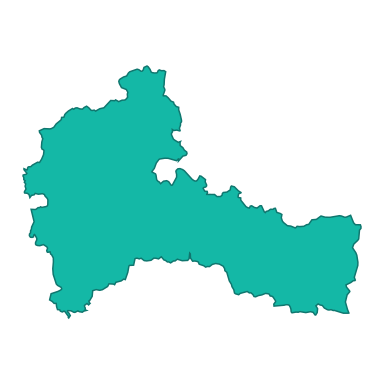 outline of Luc Nam, Bắc Giang, Vietnam
{"feature_id": "81297802B23878626253121", "entity_name": "Luc Nam", "entity_type": "district", "adm_level": 2, "iso_a3": "VNM", "parent_name": "Vietnam", "parent_adm1": "Bắc Giang", "projection": "albers", "projection_center": [106.454, 21.304], "detail": "fine", "context": "isolated", "style": "filled", "palette": "teal", "viewbox_px": 384, "rotation_deg": 0, "n_neighbors": 0, "source": "geoboundaries", "source_scale": "gbopen_adm2", "svg_char_len": 5921}
<svg xmlns="http://www.w3.org/2000/svg" viewBox="0 0 384 384"><path d="M199.2,264.2L203.7,265.7L205.6,267.1L207.4,266.5L209.5,266.6L212.3,264.4L215.6,263.5L219.4,264.1L223.2,266.2L224.6,268.6L224.9,270.7L226.8,272.3L229.3,280.9L231.4,284.3L232.0,286.7L233.8,289.7L234.5,293.0L235.5,293.8L238.7,294.7L240.2,293.4L247.2,291.5L249.3,292.9L250.9,292.8L252.9,294.5L254.0,296.5L255.6,296.8L258.3,295.6L261.8,294.9L265.5,293.4L268.5,293.8L269.2,294.2L270.2,296.0L271.9,296.2L273.1,297.1L275.5,300.8L275.6,301.7L273.8,304.1L274.0,306.1L284.2,305.2L286.0,304.7L288.3,304.8L289.3,305.4L290.2,307.0L290.9,309.1L291.2,311.9L292.0,312.8L295.9,312.1L298.4,312.2L299.9,311.6L305.8,312.6L310.4,311.7L313.1,312.3L315.0,314.9L315.7,315.0L317.2,312.6L317.6,308.7L315.9,305.8L318.2,303.9L319.8,304.9L322.4,305.5L324.3,308.0L327.4,309.7L328.9,310.0L331.1,309.7L333.2,310.5L334.4,310.4L343.4,313.2L348.3,313.2L348.9,313.0L347.5,309.5L345.4,302.0L347.1,294.9L349.8,291.6L349.6,290.9L346.5,287.1L346.0,284.9L350.7,282.6L353.3,280.7L354.9,280.6L355.3,280.1L354.3,277.3L357.8,265.5L357.9,262.2L356.8,255.2L355.8,252.7L352.5,247.7L353.8,244.1L357.7,240.4L358.7,239.0L359.5,230.1L360.9,228.5L361.0,226.7L360.4,224.8L355.4,224.7L353.6,222.8L350.6,215.3L346.3,217.1L344.8,217.3L341.4,216.0L339.4,215.7L330.0,217.3L325.2,217.2L321.0,216.0L316.4,219.4L311.9,219.8L308.7,224.4L306.6,224.7L303.9,226.3L299.6,226.6L297.1,226.3L295.8,227.7L295.2,227.9L290.8,226.1L287.4,225.7L283.5,222.5L282.4,221.1L281.3,217.8L281.9,214.5L280.3,213.5L276.8,212.4L275.4,208.3L274.1,208.4L273.2,209.3L270.4,209.3L268.3,210.9L266.2,211.4L265.3,212.6L264.3,211.9L261.5,205.8L260.1,205.7L257.1,208.0L254.5,207.5L251.7,205.8L250.3,206.1L249.4,208.0L248.0,207.8L246.0,206.7L240.8,200.2L240.7,197.9L238.6,197.5L238.0,197.0L238.5,194.2L239.2,193.5L240.8,193.0L241.0,192.5L238.3,190.8L234.4,186.8L231.4,186.0L230.7,187.0L230.2,189.9L226.9,192.1L223.3,192.5L222.4,193.5L222.0,195.3L220.5,196.5L217.0,196.6L214.6,194.5L206.8,194.4L207.5,192.5L207.2,191.4L204.8,191.2L203.1,188.4L203.6,187.6L205.7,187.0L206.6,185.9L206.6,184.9L205.2,181.9L205.5,179.6L201.1,176.2L199.8,175.9L198.1,179.1L196.8,180.7L195.9,181.1L194.3,180.8L192.2,179.4L184.5,170.9L182.7,169.6L180.0,168.6L177.9,168.8L176.2,170.4L175.9,171.5L176.6,174.4L176.6,177.2L172.4,185.0L171.6,185.3L171.0,185.0L168.7,181.7L166.7,180.7L163.5,181.2L160.6,183.7L159.3,182.0L158.0,181.3L156.7,179.8L156.0,175.1L155.5,173.9L152.0,172.0L151.9,171.6L154.3,168.4L156.3,163.0L158.9,159.5L159.8,159.0L164.9,158.2L168.1,158.3L176.6,160.7L178.4,158.9L178.7,159.0L178.5,161.0L182.9,156.1L186.0,155.3L187.0,153.7L186.7,152.0L184.3,150.1L182.9,147.7L180.2,145.6L180.0,142.6L180.5,141.5L178.2,142.3L174.5,140.0L173.4,139.1L171.5,134.8L171.5,133.4L172.5,131.8L172.3,129.5L173.8,130.5L176.8,130.1L179.6,130.9L180.1,130.7L179.4,128.2L180.5,125.2L180.5,123.1L181.5,121.8L181.5,120.3L180.2,114.4L178.7,109.9L178.7,107.3L176.2,106.5L174.1,104.1L173.5,102.1L171.1,101.2L168.1,97.7L166.0,95.9L163.3,95.8L163.2,95.1L164.8,90.4L164.8,89.3L163.6,86.8L164.1,84.7L164.4,79.1L165.7,71.7L164.0,70.6L161.4,70.7L159.3,69.9L158.2,70.6L157.6,72.1L156.8,72.9L154.5,73.0L152.1,72.6L151.2,72.1L150.0,69.3L148.2,66.8L147.0,66.0L144.0,67.4L143.1,70.2L142.0,71.2L140.9,71.2L138.9,69.7L137.1,69.2L129.9,71.7L128.5,72.9L126.6,76.0L123.5,77.0L120.2,79.0L119.2,80.1L118.8,81.5L119.4,83.7L121.5,87.6L126.3,89.5L127.6,91.8L127.8,92.6L127.3,94.1L127.6,97.3L125.5,99.7L124.4,100.1L122.0,100.2L118.7,101.6L115.6,99.9L114.7,100.7L110.7,100.5L103.9,107.8L99.8,108.7L95.6,111.1L94.2,110.1L92.3,110.5L91.1,110.3L88.8,107.8L86.6,106.2L84.1,107.5L82.5,109.1L79.9,108.9L77.1,107.8L75.3,108.0L73.7,109.2L72.5,108.5L68.4,111.0L66.0,113.1L64.8,114.5L63.9,117.2L61.6,117.4L61.3,119.4L60.6,120.3L56.2,123.9L53.8,127.3L51.3,128.6L49.7,128.9L44.1,128.6L39.3,130.8L39.6,132.5L41.5,135.0L42.1,137.6L42.8,138.5L41.8,142.1L41.4,147.4L42.2,149.3L43.3,149.7L44.0,150.6L43.5,154.7L41.6,159.2L39.5,162.5L37.6,162.2L32.4,165.1L30.9,166.6L28.3,166.9L27.6,167.9L27.4,169.5L26.9,170.0L24.0,168.7L24.0,169.7L26.9,173.3L26.3,174.2L23.2,175.0L23.0,176.0L23.8,177.6L23.8,179.7L25.2,180.8L24.3,182.2L25.7,183.9L25.1,186.2L26.0,189.0L24.5,191.5L24.4,192.4L24.6,193.0L27.3,193.3L29.0,194.5L29.9,197.6L31.5,195.4L34.2,194.8L35.2,193.4L38.3,194.2L42.5,193.7L44.4,194.5L45.0,196.0L47.3,198.5L47.9,200.0L47.8,204.7L47.4,205.8L46.3,206.5L41.9,207.4L40.6,206.8L39.5,207.6L38.1,207.6L36.2,209.2L35.0,209.5L31.1,209.3L34.1,221.7L31.6,227.1L31.4,229.1L30.6,230.7L30.5,232.8L29.5,234.0L29.4,235.7L30.4,237.2L32.1,237.4L33.5,236.9L33.8,235.1L34.4,234.5L35.1,235.2L36.8,238.4L36.7,240.0L35.6,242.3L35.5,244.0L36.0,244.9L37.5,245.5L39.8,245.7L43.4,244.6L46.7,246.7L47.6,248.1L46.7,250.6L47.1,251.9L47.7,252.3L50.1,251.9L50.6,254.0L51.6,254.7L53.3,257.9L53.4,261.9L52.8,268.7L53.2,274.4L56.3,284.0L57.6,285.4L61.1,287.3L61.7,288.7L61.5,289.4L60.2,290.3L58.0,291.4L51.1,293.7L49.6,299.9L52.3,301.5L54.1,303.4L56.2,303.4L56.6,306.7L57.5,309.6L59.7,309.8L60.4,311.2L62.1,311.9L62.7,311.9L63.3,311.3L64.7,311.3L68.7,316.9L68.3,317.6L68.7,318.0L70.3,315.6L68.8,312.9L67.5,311.8L67.5,310.9L67.8,310.6L71.0,310.8L73.6,312.2L74.9,312.4L77.9,310.9L79.3,311.7L82.3,312.2L83.9,311.1L86.5,310.4L85.1,309.8L85.3,308.1L84.6,306.8L84.5,305.4L87.0,303.5L88.6,304.9L90.1,303.3L89.4,302.8L88.8,301.1L89.6,300.7L92.2,296.3L92.7,290.7L96.1,289.6L99.7,290.3L102.4,289.7L107.6,286.5L109.0,283.8L113.5,284.1L114.6,284.7L115.9,282.3L121.2,280.9L123.7,279.1L125.3,279.6L127.8,272.3L128.9,266.1L129.5,265.4L133.6,265.2L135.0,258.7L136.0,258.3L137.2,258.2L139.3,258.9L141.1,258.2L144.2,260.6L146.7,260.9L151.0,260.3L153.8,258.2L155.8,258.2L158.6,258.9L161.3,256.8L164.0,260.0L165.5,260.4L167.3,261.9L168.8,261.9L170.6,262.9L173.6,260.9L175.0,261.0L177.3,259.2L182.2,260.7L187.7,260.4L189.1,258.7L189.7,253.1L190.3,253.8L190.5,258.1L192.6,261.2L195.0,261.0L197.6,261.6L198.3,262.1L199.2,264.2Z" fill="#14b8a6" stroke="#0f766e" stroke-width="1.5"/></svg>